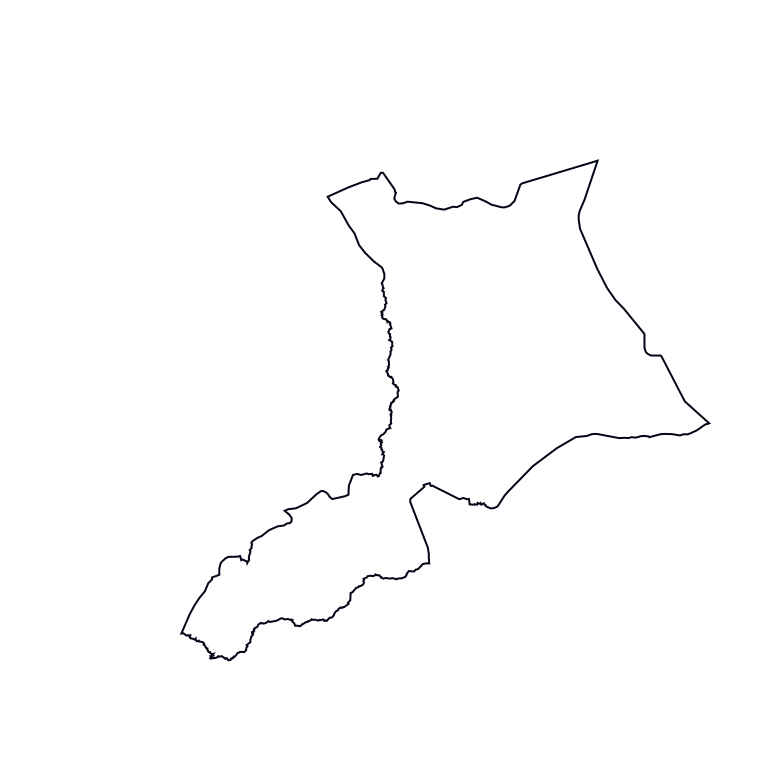 outline of Huai Mek, Kalasin, Thailand, rotated 247°
{"feature_id": "78962969B62836080496995", "entity_name": "Huai Mek", "entity_type": "district", "adm_level": 2, "iso_a3": "THA", "parent_name": "Thailand", "parent_adm1": "Kalasin", "projection": "natural_earth1", "projection_center": [103.224, 16.629], "detail": "fine", "context": "isolated", "style": "outline", "palette": "ink", "viewbox_px": 768, "rotation_deg": 247, "n_neighbors": 0, "source": "geoboundaries", "source_scale": "gbopen_adm2", "svg_char_len": 6166}
<svg xmlns="http://www.w3.org/2000/svg" viewBox="0 0 768 768"><g transform="rotate(247 384 384)"><path d="M220.7,668.0L250.5,654.1L301.3,650.2L302.1,649.7L305.9,640.9L308.9,638.3L311.5,637.5L315.4,637.9L328.3,643.3L359.3,634.3L370.7,629.9L385.0,626.9L406.4,625.3L450.3,625.1L459.0,627.4L463.0,629.0L466.8,631.7L475.2,640.5L506.1,667.9L514.7,589.6L514.3,587.5L501.4,575.6L499.0,569.4L499.3,564.6L500.7,561.3L507.1,553.0L512.8,548.5L519.1,542.5L520.3,535.7L520.7,528.1L518.4,525.5L518.3,520.2L520.2,516.9L521.0,507.5L525.4,500.5L530.0,496.3L535.3,490.2L542.6,476.9L543.0,471.7L544.4,468.0L547.3,466.3L550.9,465.9L555.6,469.8L556.3,469.3L559.0,469.8L578.8,465.6L579.7,463.6L575.5,458.1L578.0,451.8L577.3,450.4L578.4,441.9L578.9,427.7L578.4,405.3L571.9,406.4L560.0,411.7L543.4,413.5L534.2,415.7L521.5,415.3L512.0,417.9L500.9,422.5L492.4,427.4L490.4,427.7L485.1,427.3L481.0,425.5L477.4,421.1L476.5,421.5L473.5,420.8L472.3,421.1L471.4,419.4L470.4,418.8L469.0,419.9L464.8,418.2L462.3,419.4L461.0,418.2L457.4,417.9L456.5,415.8L454.6,415.5L452.2,413.0L451.5,409.7L450.4,410.3L449.9,409.5L448.5,409.8L448.3,408.7L446.9,409.0L445.8,408.2L444.6,408.5L442.5,411.4L441.5,411.2L440.6,411.9L439.6,411.4L439.6,412.5L438.2,413.7L437.1,412.8L436.6,413.3L435.4,412.8L432.2,412.6L432.2,410.1L430.8,409.3L430.2,408.3L428.6,408.3L427.5,409.1L425.4,408.0L424.6,408.4L422.7,407.3L422.4,406.0L419.6,408.0L416.3,406.6L415.5,406.7L414.7,404.6L412.6,404.4L411.2,402.5L409.0,401.9L404.4,397.1L402.9,397.4L398.7,395.6L398.2,394.3L397.1,394.7L396.2,393.2L395.3,392.9L395.4,391.8L394.9,391.1L393.0,391.7L390.1,391.1L389.9,391.6L388.1,392.1L387.7,393.6L386.8,393.4L385.5,394.1L382.1,393.5L381.1,392.4L379.8,392.9L378.0,394.6L377.0,393.8L375.7,395.2L372.2,395.0L371.3,393.4L366.8,391.8L366.1,388.0L365.3,386.5L364.6,386.7L364.4,385.4L363.8,385.2L363.9,383.2L362.6,382.8L361.9,381.5L360.9,381.4L360.5,380.4L359.5,380.4L358.9,379.1L357.7,378.9L357.2,380.3L354.7,380.0L353.6,378.2L352.4,378.6L351.8,377.7L350.3,377.6L347.2,375.8L344.8,375.2L344.1,373.0L342.0,372.1L341.0,372.5L341.1,368.4L339.4,366.8L338.1,364.1L337.9,361.6L336.7,359.2L335.1,357.4L334.4,357.3L333.4,359.7L332.3,359.7L331.9,359.4L332.1,358.4L331.2,359.0L331.0,358.2L330.2,358.2L330.0,357.6L328.6,357.5L327.6,355.8L326.0,356.7L324.8,356.1L324.3,356.6L321.6,356.2L321.3,357.0L320.0,355.1L319.7,355.9L318.0,356.0L313.8,353.4L312.6,351.7L312.9,350.8L308.4,350.3L307.9,349.6L308.3,348.8L307.4,347.9L303.3,346.1L303.4,345.2L301.3,343.3L301.2,342.3L303.4,341.5L304.0,339.4L303.6,338.8L304.0,337.7L305.9,338.0L307.0,334.6L308.4,333.1L309.2,327.4L311.8,323.9L312.4,319.9L304.1,311.9L296.0,308.0L295.9,304.5L298.3,291.4L300.9,290.0L305.1,289.2L307.2,288.0L309.5,285.9L310.0,284.0L308.8,278.4L304.5,266.6L304.0,254.3L306.2,246.8L306.1,243.0L300.7,245.8L296.5,246.7L293.6,245.1L292.8,243.4L293.5,239.6L292.8,236.9L294.5,230.5L294.4,221.2L291.8,211.7L291.9,208.1L290.8,201.7L289.6,199.8L287.9,199.9L285.9,198.3L284.9,198.2L283.6,195.5L282.9,195.8L281.6,195.3L277.4,191.9L274.4,190.9L274.4,190.3L272.6,188.2L274.1,188.5L277.8,185.1L277.6,183.8L281.9,184.3L282.4,181.2L285.7,173.4L285.4,169.9L283.8,165.3L282.6,163.4L278.3,160.2L272.7,157.8L273.1,150.1L271.3,149.4L269.3,144.4L263.2,138.2L259.0,130.1L254.0,122.7L247.7,114.9L233.5,100.0L233.1,101.7L229.5,104.0L229.4,105.5L228.6,105.8L228.4,107.5L226.4,106.2L225.6,106.5L223.0,110.0L223.2,110.9L222.3,110.2L221.8,111.0L220.4,111.1L220.1,113.2L219.3,113.0L217.6,115.8L215.8,117.0L214.6,116.1L213.9,116.9L211.8,116.9L210.3,117.3L209.6,118.1L208.9,117.5L207.8,117.9L206.7,117.6L205.2,118.3L205.1,119.1L204.4,118.9L202.9,119.8L202.7,118.9L202.3,121.6L201.8,120.8L201.1,120.9L201.4,120.0L200.7,119.2L201.1,118.4L200.1,118.6L200.4,117.5L199.6,116.9L198.8,117.3L199.0,118.8L198.2,119.7L198.7,120.5L197.8,121.2L197.6,123.4L198.1,125.1L197.5,125.1L196.9,128.3L192.9,130.7L193.3,131.5L193.0,132.2L190.6,132.7L189.9,134.9L191.0,135.8L191.0,136.9L190.5,137.4L191.8,139.1L191.2,139.6L191.7,141.0L193.7,144.4L193.4,145.7L193.7,146.9L191.8,150.7L192.9,153.2L194.7,153.9L195.9,155.9L197.3,155.5L198.6,160.1L200.8,161.1L203.3,163.2L204.6,165.7L205.5,165.7L206.4,166.6L206.8,166.3L206.5,165.4L207.2,165.6L207.4,167.9L208.0,167.9L208.3,168.5L208.7,168.2L209.8,169.3L209.9,172.4L211.6,174.3L212.2,176.8L212.1,177.5L211.3,178.0L211.2,179.0L210.4,179.7L210.2,182.4L211.0,184.9L209.6,185.8L208.5,190.5L208.1,193.0L208.5,197.7L207.9,199.1L206.1,200.5L205.3,203.6L203.8,205.3L203.4,206.7L202.6,206.6L202.3,207.5L201.4,206.7L198.7,207.9L196.2,207.8L195.0,210.6L193.9,211.7L194.1,213.6L194.9,214.7L194.7,215.8L195.3,218.7L194.8,220.9L195.3,221.4L195.1,224.3L195.6,225.5L195.0,225.7L194.2,228.0L191.8,231.3L192.1,232.3L191.6,232.9L191.1,235.8L190.0,236.9L189.3,236.5L188.9,238.3L188.3,238.8L189.8,241.8L190.0,243.2L189.4,244.9L190.3,246.4L190.4,247.3L191.7,248.2L193.4,250.7L193.8,253.5L194.5,253.9L195.3,256.3L194.3,257.7L194.8,258.6L194.4,258.9L194.3,260.5L195.5,265.5L196.7,265.3L198.0,268.4L204.6,271.6L204.7,273.7L207.3,278.9L206.9,281.1L207.7,282.0L207.2,282.9L207.5,286.3L208.9,287.9L210.7,288.0L211.3,289.0L212.6,289.0L212.7,292.8L213.5,293.6L212.9,296.4L211.6,298.5L211.3,300.1L212.0,301.9L211.0,302.4L209.7,305.0L208.3,305.2L207.6,306.0L206.8,305.7L205.1,307.5L204.9,309.4L202.5,313.5L202.1,315.8L199.3,319.3L199.6,320.4L198.3,324.2L198.1,328.1L199.4,330.2L200.3,330.5L202.1,333.7L199.7,338.3L200.7,340.8L200.3,343.1L203.1,349.4L202.3,353.2L201.1,355.5L208.4,358.0L208.8,358.5L216.3,360.4L265.6,362.1L267.9,363.4L273.6,380.9L275.5,381.0L274.9,387.4L272.0,387.2L271.4,388.9L248.5,408.3L248.1,412.5L245.4,415.5L245.0,417.3L239.7,415.8L237.5,420.2L237.9,420.6L236.5,422.7L237.9,423.8L236.0,425.7L236.5,426.3L234.9,426.5L235.2,429.3L232.9,429.6L232.8,430.2L231.2,430.3L230.4,431.1L227.7,433.7L226.8,437.1L226.9,440.7L234.1,451.3L236.3,455.8L250.2,488.9L257.4,518.1L260.2,539.9L257.0,550.0L256.6,555.7L255.8,558.2L254.7,560.7L242.2,579.5L240.7,583.9L238.7,588.0L238.4,590.9L236.2,595.0L235.6,600.2L233.9,604.7L233.3,605.0L232.7,606.8L231.4,607.4L229.7,619.2L228.4,622.8L225.3,629.6L221.0,636.3L220.7,640.1L219.0,644.0L218.9,647.5L219.1,653.7L221.2,663.8L220.7,668.0Z" fill="none" stroke="#020617" stroke-width="2"/></g></svg>